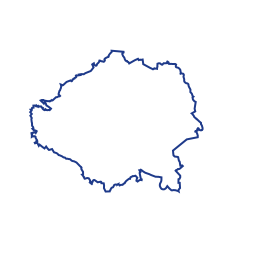 the district of San Marcos, Sucre, Colombia, rotated 317°
{"feature_id": "7082276B33104783866993", "entity_name": "San Marcos", "entity_type": "district", "adm_level": 2, "iso_a3": "COL", "parent_name": "Colombia", "parent_adm1": "Sucre", "projection": "robinson", "projection_center": [-75.194, 8.569], "detail": "fine", "context": "isolated", "style": "outline", "palette": "blue", "viewbox_px": 256, "rotation_deg": 317, "n_neighbors": 0, "source": "geoboundaries", "source_scale": "gbopen_adm2", "svg_char_len": 5642}
<svg xmlns="http://www.w3.org/2000/svg" viewBox="0 0 256 256"><g transform="rotate(317 128 128)"><path d="M197.2,149.7L197.1,149.1L197.2,148.3L197.9,146.9L198.1,146.3L198.1,144.3L199.9,142.4L200.6,139.7L201.1,138.4L201.8,137.5L202.0,137.1L202.0,136.5L201.9,136.0L201.1,134.9L200.9,134.1L200.8,132.9L201.1,132.0L202.4,130.6L203.5,128.4L204.9,127.4L205.3,126.8L205.3,125.9L204.5,124.8L204.3,124.1L203.8,124.2L203.5,124.1L203.6,123.9L204.3,123.6L205.9,121.1L206.0,120.6L206.0,119.2L205.8,118.2L204.8,116.6L204.7,116.0L205.0,115.5L205.6,114.9L206.4,114.5L206.4,113.9L206.2,113.4L205.6,112.8L204.1,111.5L203.4,110.6L202.4,109.8L201.8,109.1L201.7,109.0L202.4,107.7L202.2,106.3L202.0,106.2L200.8,107.2L198.5,105.3L198.3,105.0L196.9,105.0L196.5,105.1L196.1,105.0L195.8,104.4L195.5,102.6L194.7,101.7L193.4,101.1L191.6,102.8L191.5,103.1L190.2,103.9L189.6,104.5L188.8,103.4L188.0,102.9L187.9,102.3L186.3,102.1L185.5,99.8L185.5,100.1L182.7,91.7L185.4,87.9L183.8,86.9L183.6,86.4L182.2,85.7L182.5,84.2L179.2,83.1L172.9,81.6L173.2,80.5L173.2,79.9L172.7,79.2L172.9,78.8L173.0,78.3L172.3,77.5L172.2,77.1L172.5,75.7L173.3,74.0L173.5,71.9L174.3,69.9L174.8,69.6L176.2,69.8L176.7,69.2L168.7,60.3L168.0,61.2L167.4,61.3L165.8,61.3L163.8,61.7L163.0,62.0L162.3,62.4L162.3,62.6L162.0,62.6L161.7,62.3L159.7,61.7L158.5,61.5L157.8,61.6L157.6,61.7L157.4,62.5L157.0,62.9L155.7,63.1L155.1,62.7L154.9,62.0L154.0,61.0L153.6,59.8L153.1,59.2L152.7,59.4L152.5,59.8L150.9,60.1L149.2,60.1L147.7,60.8L147.0,60.6L146.6,59.6L146.6,59.0L146.8,57.9L147.1,57.4L146.5,57.3L146.4,57.4L146.2,57.2L145.2,57.1L144.1,60.2L141.3,60.7L139.6,60.9L134.2,58.8L132.3,58.5L130.7,56.8L129.0,55.7L129.0,56.6L126.8,55.1L126.1,54.2L125.6,54.2L125.5,54.6L124.9,55.4L124.0,55.4L123.6,55.1L123.1,55.0L122.6,55.3L122.2,55.0L121.9,55.1L121.5,54.8L121.0,55.0L120.4,54.8L119.8,55.2L119.4,55.2L119.2,55.4L118.8,55.4L118.5,55.2L118.4,54.0L114.5,52.4L109.8,52.4L109.2,52.1L109.1,51.5L108.5,50.3L107.8,51.8L106.0,53.1L104.8,53.6L104.0,54.1L103.2,54.1L100.7,55.6L100.3,55.9L100.2,58.2L99.6,58.2L98.6,57.4L97.2,57.1L96.3,56.4L91.9,56.4L91.6,56.3L91.6,56.1L90.1,55.5L90.2,55.4L89.4,55.3L89.5,55.1L88.9,54.8L88.4,54.3L87.9,54.0L85.8,51.3L85.4,50.7L85.3,49.9L84.0,48.7L82.9,48.3L82.9,49.9L83.1,50.7L83.1,52.8L84.6,52.3L84.8,53.4L84.2,54.9L83.7,55.8L84.4,58.4L84.9,61.3L84.4,61.4L84.2,61.0L83.8,61.4L82.9,61.5L82.7,61.0L81.3,60.1L80.8,59.4L80.3,59.0L80.2,58.8L80.5,58.1L80.4,57.8L79.2,58.0L79.1,57.8L78.8,57.1L78.7,55.8L78.8,55.4L79.4,55.2L79.0,54.1L79.1,52.8L78.1,52.2L77.6,51.1L77.1,51.2L77.2,50.7L76.6,50.8L76.4,49.2L75.9,49.5L75.6,49.5L75.3,48.1L74.1,47.1L72.8,48.7L71.6,47.9L70.3,48.8L69.4,48.2L69.3,49.5L67.3,49.7L67.2,52.1L65.0,52.4L64.4,55.1L63.6,55.4L63.3,55.7L61.7,57.9L61.1,59.0L59.4,60.9L59.2,62.7L58.5,63.9L57.6,63.5L57.6,65.4L58.4,66.4L59.1,67.9L58.9,68.2L57.2,68.7L57.3,68.2L57.0,68.2L56.2,67.0L55.6,67.0L55.2,66.5L53.9,65.9L53.4,66.7L53.8,66.8L52.6,68.4L52.3,68.2L51.7,68.8L52.5,68.9L52.8,69.5L53.6,69.8L54.3,70.6L54.3,71.5L54.0,71.6L53.7,72.3L53.4,73.6L52.9,74.8L53.1,74.9L52.8,75.6L52.0,75.3L51.8,76.0L49.8,75.2L49.6,75.8L51.6,76.9L50.6,80.2L52.0,79.9L52.5,83.5L53.0,86.0L55.5,85.7L55.2,87.8L55.2,90.1L55.6,90.4L58.1,91.6L57.3,95.3L58.5,97.4L58.9,98.7L58.8,100.5L59.3,101.1L60.4,103.6L60.8,105.5L61.7,106.6L61.8,108.3L62.9,109.3L63.3,110.1L64.2,111.1L64.4,111.6L64.5,113.4L64.9,114.3L65.9,115.7L66.8,118.1L66.9,123.4L67.1,124.5L66.9,124.8L67.0,125.1L66.9,125.4L66.1,125.9L65.8,126.4L65.2,129.4L63.6,131.2L62.9,131.1L62.6,130.9L62.4,133.6L62.2,133.6L61.7,135.5L62.4,136.0L63.1,136.2L64.3,137.0L65.0,138.1L64.5,140.7L63.8,141.2L63.3,141.8L63.5,142.2L64.0,141.9L64.2,142.5L63.6,142.9L63.4,143.7L63.2,143.5L63.3,144.1L66.7,142.6L67.2,142.6L67.8,142.9L68.1,143.5L68.8,147.0L71.5,148.7L71.6,149.2L70.9,150.2L72.5,151.9L71.4,153.6L69.4,155.6L68.3,159.2L71.4,161.9L72.3,161.4L72.8,161.4L73.5,161.0L74.9,160.6L75.4,160.6L76.6,161.1L77.5,160.9L78.9,160.3L79.8,160.5L80.3,160.8L81.3,161.9L82.5,162.3L82.3,162.4L82.8,162.5L82.7,164.3L84.0,164.7L84.9,165.6L85.3,165.8L85.7,165.9L86.4,165.7L87.7,166.1L88.2,166.1L88.5,166.0L88.5,165.8L90.6,165.5L93.0,165.7L94.0,165.8L94.9,166.6L95.8,165.9L96.1,165.8L96.5,165.8L97.9,166.3L98.5,166.3L99.2,167.0L100.9,168.0L100.9,170.7L99.6,171.3L98.2,172.3L98.5,173.7L100.0,173.8L101.6,174.3L102.4,175.4L103.0,174.9L102.7,174.2L102.8,173.8L105.7,169.0L106.2,168.6L106.9,168.8L107.5,168.4L107.3,167.5L107.5,166.7L108.1,167.1L108.9,167.2L109.2,168.4L109.5,170.3L110.1,172.5L112.1,176.3L112.8,178.1L114.9,182.4L117.0,184.5L118.8,186.9L116.9,188.9L115.8,189.7L113.4,190.6L112.5,191.3L111.8,192.1L111.2,193.6L111.0,195.4L111.8,196.8L112.5,197.4L113.2,197.7L114.7,197.9L117.1,197.3L117.0,200.5L117.3,203.1L117.6,203.6L118.9,204.4L120.2,205.8L121.6,208.1L121.8,208.9L122.1,208.4L122.8,207.8L123.8,207.5L125.1,207.4L128.4,203.4L127.5,202.5L130.0,199.9L131.1,200.3L132.7,199.6L133.7,198.4L133.7,191.7L134.4,191.6L135.7,192.2L136.3,192.0L137.5,192.9L138.5,193.1L142.1,193.2L142.1,192.3L140.6,191.2L142.8,187.9L142.9,187.6L142.9,186.7L144.8,183.5L144.5,182.9L142.7,180.7L142.6,179.1L144.0,177.1L144.6,176.4L145.5,175.2L163.2,176.4L172.7,182.3L173.8,181.2L174.7,179.4L175.1,178.2L175.2,177.1L174.8,176.5L175.1,176.3L175.4,176.3L176.2,176.8L177.1,177.3L177.7,177.1L177.8,176.4L177.6,176.3L177.9,176.1L179.1,175.9L179.3,176.3L179.0,178.2L179.3,178.9L179.9,179.6L180.4,179.6L180.8,180.0L181.6,179.8L182.5,178.9L183.7,176.6L184.0,175.0L184.9,174.0L184.6,171.8L184.4,168.1L184.2,168.1L184.0,164.9L184.4,164.0L184.5,163.4L184.5,162.1L184.7,161.4L184.6,160.8L188.5,161.7L189.9,159.3L195.3,155.1L194.8,153.7L194.9,151.5L196.1,149.6L197.2,149.7Z" fill="none" stroke="#1e3a8a" stroke-width="2"/></g></svg>